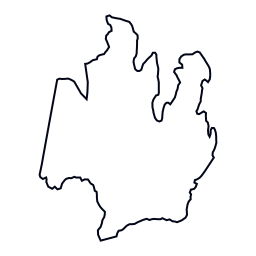 outline of São João de Pirabas, Pará, Brazil
{"feature_id": "56859067B96544819367141", "entity_name": "São João de Pirabas", "entity_type": "district", "adm_level": 2, "iso_a3": "BRA", "parent_name": "Brazil", "parent_adm1": "Pará", "projection": "equal_earth", "projection_center": [-47.192, -0.774], "detail": "fine", "context": "isolated", "style": "outline", "palette": "ink", "viewbox_px": 256, "rotation_deg": 0, "n_neighbors": 0, "source": "geoboundaries", "source_scale": "gbopen_adm2", "svg_char_len": 3300}
<svg xmlns="http://www.w3.org/2000/svg" viewBox="0 0 256 256"><path d="M39.6,174.7L40.3,177.1L42.9,179.0L46.1,177.5L46.6,179.6L46.3,181.9L48.2,186.6L52.2,188.8L54.8,186.7L57.4,189.3L59.0,188.9L60.7,188.3L62.1,183.6L64.4,180.5L66.1,178.9L68.9,178.0L71.3,178.2L74.4,176.8L76.0,177.5L80.2,177.5L81.9,180.8L84.6,179.4L88.0,179.5L90.7,183.5L93.2,185.0L93.9,187.0L94.8,190.8L96.6,191.8L96.9,195.0L96.9,197.8L97.3,201.5L98.8,204.5L100.5,207.2L102.3,209.2L104.9,211.8L104.8,214.1L104.3,216.8L102.4,220.3L101.8,223.5L100.5,227.2L99.1,228.7L97.9,230.3L98.1,234.6L99.0,236.8L100.7,240.6L108.6,238.5L116.5,236.4L117.3,233.2L118.6,230.8L121.4,230.3L123.1,229.3L125.4,227.0L126.9,225.6L129.6,224.2L132.1,224.2L134.7,223.9L137.3,222.4L143.0,219.9L146.7,218.8L149.5,220.0L151.1,219.4L153.7,218.9L157.8,219.2L160.6,219.2L162.3,218.2L166.7,220.2L169.5,219.4L172.4,221.2L175.1,221.6L177.1,222.2L181.8,220.3L185.5,217.7L187.0,214.9L186.7,209.1L187.6,204.3L188.7,201.5L190.7,199.2L190.5,197.0L191.1,194.2L189.8,192.6L190.9,189.6L193.9,189.0L195.6,187.2L196.9,183.9L194.4,182.6L194.9,180.1L197.2,179.3L199.7,177.7L201.6,175.7L204.8,171.3L213.8,157.6L212.5,155.3L212.8,152.3L213.9,150.3L214.8,148.2L215.6,145.6L216.4,142.5L216.2,139.8L216.2,136.5L215.8,132.8L215.0,129.9L213.9,128.0L211.8,128.0L210.7,130.1L210.6,133.9L209.6,136.7L208.4,134.5L208.0,130.2L208.6,126.2L207.8,122.5L206.1,120.8L206.0,118.4L205.8,115.8L206.0,113.0L203.7,111.4L201.6,112.6L199.2,114.1L197.3,113.8L196.4,111.2L197.6,109.3L198.4,106.7L199.2,104.3L200.7,101.5L200.8,98.5L201.3,95.7L201.8,92.8L202.0,90.5L202.5,88.2L201.1,85.4L202.5,81.0L204.7,79.5L206.4,80.6L208.0,82.1L209.8,79.2L210.2,76.0L210.2,72.9L209.8,68.8L208.4,65.8L206.2,62.3L204.9,60.1L203.7,58.1L201.8,55.4L199.8,52.5L197.5,51.6L195.9,52.1L194.3,53.0L192.4,54.3L189.5,54.4L187.3,54.4L185.7,54.4L183.7,54.8L181.2,56.5L179.4,59.2L179.4,62.5L182.1,64.6L182.4,67.8L179.7,67.8L177.1,68.2L174.9,69.3L174.1,72.0L175.4,73.7L176.7,75.5L177.7,77.9L179.0,80.2L180.1,82.5L178.2,85.2L177.5,89.2L176.4,91.6L175.8,94.4L174.8,97.6L170.3,104.3L168.3,102.7L166.4,102.8L164.7,104.6L163.6,107.8L162.7,111.7L162.4,115.0L162.2,118.3L161.5,120.6L159.3,121.5L156.8,120.4L155.0,117.9L153.5,112.6L153.1,109.7L152.5,107.6L152.4,102.8L153.3,99.8L154.4,98.0L156.0,95.5L158.3,94.8L158.9,92.6L158.8,90.0L158.8,86.5L158.8,82.5L158.2,79.0L157.6,76.8L158.0,73.9L158.2,70.9L158.3,68.4L157.0,62.8L156.7,59.8L156.4,56.9L156.4,54.7L155.1,52.7L152.8,52.8L151.5,55.5L149.2,57.5L147.2,59.5L144.9,62.3L143.4,63.7L142.5,65.8L141.9,67.9L141.2,69.9L139.3,71.0L137.2,70.9L135.2,69.2L134.2,65.2L133.5,61.8L134.1,58.4L135.7,56.5L136.6,53.8L136.9,48.0L137.1,43.3L137.0,40.8L137.7,38.6L137.6,35.3L135.7,33.3L133.7,31.6L133.1,29.1L132.1,25.9L131.1,24.1L129.3,21.9L126.8,21.1L124.5,20.4L122.2,19.5L120.0,18.8L117.2,18.4L111.9,17.3L109.5,15.4L106.4,16.5L106.7,20.2L108.0,23.8L110.3,25.1L111.4,27.6L111.6,30.8L108.8,32.3L107.7,34.2L106.2,35.6L105.8,38.9L107.0,41.6L109.1,47.0L106.8,50.6L105.5,52.0L104.0,54.1L100.9,54.8L99.1,55.4L97.5,56.7L96.9,59.2L92.8,60.2L89.8,62.4L87.4,63.6L85.2,63.9L87.2,78.2L87.8,82.1L87.7,84.4L87.5,90.2L87.3,93.5L86.6,99.2L81.0,93.4L74.2,81.6L71.2,79.8L68.2,78.6L64.7,78.9L62.3,79.0L59.4,78.7L57.2,79.7L49.4,122.1L43.5,154.7L41.8,164.3L40.7,169.6L39.6,174.7Z" fill="none" stroke="#020617" stroke-width="2"/></svg>